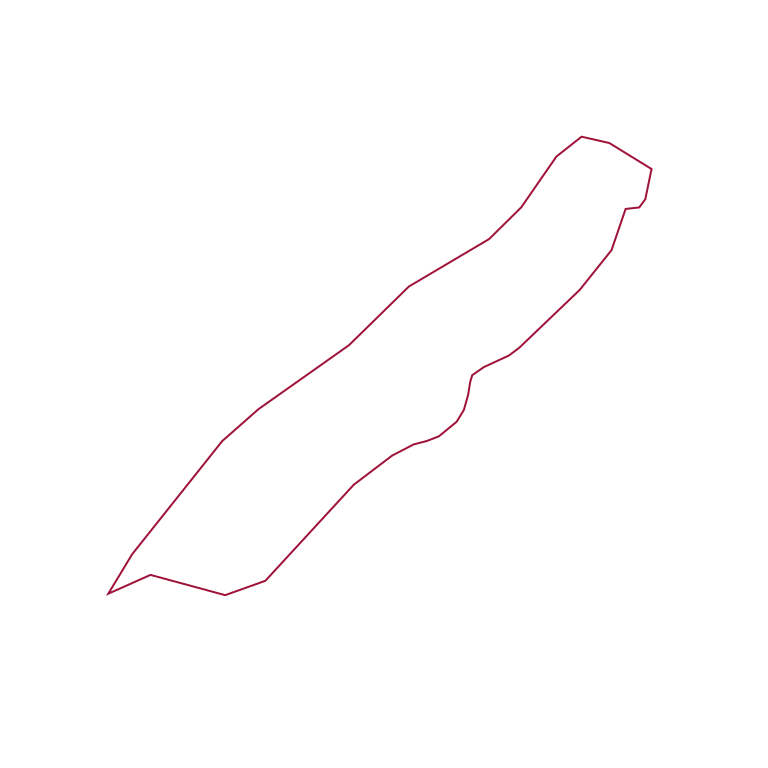 SVG path tracing the border of Macquarie Island, rotated 213°
{"feature_id": "AUS+00?", "entity_name": "Macquarie Island", "entity_type": "state/province", "adm_level": 1, "iso_a3": "AUS", "parent_name": "Australia", "parent_adm1": "", "projection": "natural_earth1", "projection_center": [158.879, -54.61], "detail": "fine", "context": "isolated", "style": "outline", "palette": "rose", "viewbox_px": 768, "rotation_deg": 213, "n_neighbors": 0, "source": "natural_earth", "source_scale": "10m", "svg_char_len": 572}
<svg xmlns="http://www.w3.org/2000/svg" viewBox="0 0 768 768"><g transform="rotate(213 384 384)"><path d="M376.3,154.4L402.2,120.4L475.9,96.7L501.0,58.0L502.5,104.1L488.6,248.0L475.6,294.5L434.5,397.5L416.2,479.4L374.8,562.8L365.1,607.0L363.3,668.7L353.0,699.0L326.3,708.8L276.7,710.0L265.5,681.3L266.1,671.1L276.7,662.4L266.1,620.2L271.1,569.6L290.2,488.5L294.6,476.2L309.5,452.5L314.8,439.4L312.8,432.6L307.5,420.6L302.9,405.8L302.5,391.9L309.5,370.0L317.0,359.6L326.3,349.4L338.2,328.4L354.5,283.1L376.3,154.4Z" fill="none" stroke="#9f1239" stroke-width="2"/></g></svg>